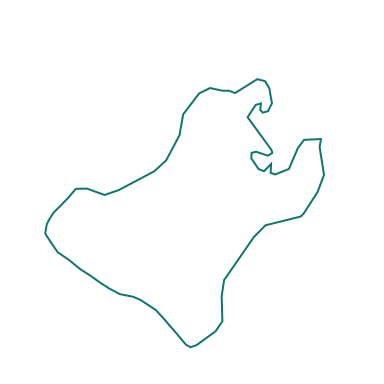 Mbuji-Mayi, Kasaï-Oriental, Democratic Republic of the Congo (orthographic projection), rotated 302°
{"feature_id": "63176286B79011641071296", "entity_name": "Mbuji-Mayi", "entity_type": "district", "adm_level": 2, "iso_a3": "COD", "parent_name": "Democratic Republic of the Congo", "parent_adm1": "Kasaï-Oriental", "projection": "orthographic", "projection_center": [23.614, -6.111], "detail": "fine", "context": "isolated", "style": "outline", "palette": "teal", "viewbox_px": 384, "rotation_deg": 302, "n_neighbors": 0, "source": "geoboundaries", "source_scale": "gbopen_adm2", "svg_char_len": 1344}
<svg xmlns="http://www.w3.org/2000/svg" viewBox="0 0 384 384"><g transform="rotate(302 192 192)"><path d="M297.5,169.8L294.1,164.3L289.7,152.2L279.4,145.8L253.1,143.4L246.8,145.9L233.6,151.3L222.6,152.1L215.1,152.6L205.3,153.3L204.9,153.3L192.1,149.7L189.4,148.9L186.8,147.4L154.7,128.8L150.3,125.2L143.2,119.5L139.2,101.1L133.2,91.9L121.3,90.0L110.7,87.8L101.0,85.5L97.1,85.5L93.1,85.5L87.8,85.9L79.0,89.5L74.1,99.9L69.7,110.2L69.2,123.7L67.3,138.1L67.2,149.3L66.4,163.2L66.3,173.1L67.1,184.8L71.9,197.4L73.2,205.5L72.7,223.9L69.6,235.2L66.5,245.0L63.8,254.0L61.1,262.1L59.3,268.0L59.6,273.0L64.5,277.0L86.4,285.8L91.6,286.0L98.4,286.3L119.5,272.3L121.1,271.6L134.3,265.9L170.3,267.6L186.4,268.3L194.0,270.0L202.8,272.0L228.8,297.2L233.0,298.1L258.5,298.5L260.1,298.2L276.4,294.9L285.9,286.7L297.6,276.5L305.2,273.3L302.9,269.9L295.7,259.5L293.1,259.2L285.5,258.5L282.1,259.0L262.9,262.0L250.9,253.2L250.3,249.9L250.0,248.5L257.7,244.2L253.5,243.3L247.8,242.1L247.5,240.6L246.7,236.3L249.4,230.3L252.0,224.4L256.7,221.8L260.2,225.1L260.6,227.1L263.0,237.1L267.5,239.4L269.7,237.3L284.9,199.5L299.7,199.9L303.6,203.6L300.4,205.1L297.7,206.4L297.5,207.3L296.8,210.0L300.8,213.6L309.6,212.8L316.0,207.0L320.8,202.8L324.5,195.7L324.7,195.3L322.3,187.6L298.8,176.1L298.5,174.8L297.5,169.8Z" fill="none" stroke="#0f766e" stroke-width="2"/></g></svg>